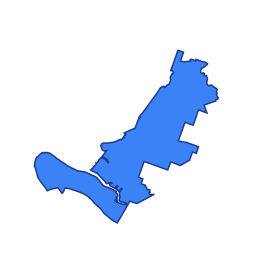 the district of Port Adelaide Enfield, South Australia, Australia, rotated 293°
{"feature_id": "25037944B47979939025085", "entity_name": "Port Adelaide Enfield", "entity_type": "district", "adm_level": 2, "iso_a3": "AUS", "parent_name": "Australia", "parent_adm1": "South Australia", "projection": "mercator", "projection_center": [138.548, -34.826], "detail": "fine", "context": "isolated", "style": "filled", "palette": "blue", "viewbox_px": 256, "rotation_deg": 293, "n_neighbors": 0, "source": "geoboundaries", "source_scale": "gbopen_adm2", "svg_char_len": 5628}
<svg xmlns="http://www.w3.org/2000/svg" viewBox="0 0 256 256"><g transform="rotate(293 128 128)"><path d="M218.5,175.9L218.4,175.1L218.8,174.3L218.7,172.3L218.2,171.7L217.7,163.8L216.3,163.9L216.1,159.9L215.9,159.4L215.3,158.5L214.0,159.4L210.6,153.3L210.4,152.7L210.2,150.1L219.5,149.5L219.1,143.6L207.5,144.4L198.0,144.8L198.1,145.0L197.5,145.1L197.5,145.5L198.2,146.4L197.8,147.0L196.5,148.3L195.4,148.1L195.3,147.4L191.1,147.1L188.7,148.6L184.5,148.8L182.4,147.0L179.7,146.2L180.5,144.8L179.7,144.0L178.7,142.7L177.2,142.0L174.4,141.7L151.1,136.3L146.4,135.1L145.1,134.4L143.3,134.4L142.8,134.6L141.6,135.4L142.5,134.0L130.5,134.6L130.6,134.4L122.0,126.5L121.9,126.9L121.4,127.8L121.2,127.7L120.9,128.3L120.7,128.3L120.8,128.1L120.7,128.0L120.4,128.3L120.3,127.8L119.9,127.6L118.3,127.5L117.7,127.7L117.5,128.3L117.4,128.2L117.4,127.7L117.1,127.3L116.4,127.2L115.1,126.5L114.6,126.7L114.3,126.0L114.4,125.5L114.0,124.8L112.6,123.5L111.4,122.5L108.9,119.7L105.9,114.7L105.9,114.2L104.4,111.0L103.8,110.4L102.6,109.9L101.6,109.9L100.9,110.0L99.4,111.4L98.9,111.6L97.8,112.8L97.7,113.4L97.5,115.5L98.1,116.4L98.8,116.9L99.0,117.2L91.1,115.1L91.5,115.4L91.6,116.0L91.5,117.5L91.1,120.6L90.6,121.6L90.0,122.3L89.2,122.8L88.8,123.5L88.5,123.7L88.2,123.6L88.3,123.1L88.6,122.5L89.4,121.4L89.3,120.6L90.1,119.9L90.5,116.2L90.5,115.9L90.2,115.5L90.6,115.2L90.4,115.0L89.4,114.6L89.3,114.2L88.3,113.9L87.9,113.9L87.7,113.7L87.1,113.6L86.6,113.8L86.1,113.8L83.7,113.1L83.5,112.9L83.5,112.3L83.4,112.1L83.0,112.4L82.8,112.8L80.4,112.2L79.9,112.3L79.8,112.1L79.0,111.8L79.0,111.4L78.7,111.7L78.3,111.7L76.1,110.5L75.0,110.2L74.5,110.3L74.4,111.6L74.3,115.9L74.1,116.2L74.4,116.2L74.8,116.7L74.2,118.0L73.9,118.2L73.6,119.1L72.8,120.6L72.0,122.4L71.7,123.6L71.5,124.0L71.2,123.9L70.5,125.4L70.6,125.8L70.1,127.0L69.5,128.1L69.3,128.3L69.2,128.7L69.0,128.8L68.4,130.0L68.6,130.1L68.8,130.7L69.9,131.6L70.0,131.8L69.8,132.1L70.8,132.9L70.6,133.2L70.8,133.3L70.7,133.6L71.0,134.0L71.0,134.7L70.4,134.2L69.8,134.0L69.8,133.7L68.7,133.1L67.9,133.8L67.4,139.0L70.6,140.5L70.1,141.4L67.3,140.1L66.2,144.4L66.9,144.8L67.1,144.6L69.9,145.4L69.6,146.4L65.7,145.2L61.5,147.3L61.5,147.5L61.1,147.6L61.1,147.4L57.7,148.1L57.7,149.2L57.5,149.4L57.4,149.4L57.5,150.2L57.1,150.6L57.2,150.8L57.6,150.7L57.7,150.9L57.8,152.0L57.7,152.5L58.4,156.0L57.4,156.2L57.2,155.9L56.7,155.9L56.9,155.3L56.2,154.5L56.4,154.3L55.8,152.9L55.6,151.2L55.4,149.4L55.7,147.7L55.3,147.4L55.2,146.2L55.5,146.0L55.8,146.6L56.2,146.4L55.9,144.9L56.4,144.3L56.7,146.3L56.8,146.2L56.7,145.6L57.0,145.5L57.1,146.2L57.1,145.5L57.3,145.5L57.2,145.2L57.4,145.2L57.6,146.2L57.5,145.2L57.8,145.2L57.8,145.5L57.9,145.2L58.0,145.2L58.1,145.8L58.9,145.4L58.9,144.8L59.0,144.7L59.0,144.9L59.6,144.8L59.8,144.5L60.3,144.5L60.4,145.0L60.7,145.3L60.9,145.3L61.0,145.1L62.5,144.7L62.6,144.4L63.0,144.0L63.6,142.4L64.0,142.0L64.9,142.0L65.4,138.1L65.5,135.3L65.3,135.2L65.2,134.9L65.2,133.8L65.4,133.5L65.6,133.5L65.6,132.6L65.4,132.5L65.2,131.8L65.3,130.7L65.1,130.4L65.3,129.2L65.4,128.0L67.2,124.0L67.6,123.6L68.4,122.4L69.4,120.1L70.3,118.5L70.4,117.6L70.3,117.2L70.5,115.7L70.6,114.7L70.4,113.9L70.5,113.3L70.4,112.3L70.5,111.9L70.7,111.7L70.7,109.5L70.6,107.9L70.8,106.7L70.8,106.1L70.5,104.1L70.2,103.7L70.1,102.8L69.8,102.1L69.2,99.6L68.5,98.7L68.3,98.1L68.5,98.6L69.1,99.1L68.9,98.3L69.5,87.7L69.4,87.5L69.4,87.1L70.2,84.8L70.3,84.0L70.5,83.7L70.4,83.3L70.7,82.7L70.6,82.0L70.9,81.2L70.9,80.1L71.2,78.6L71.6,77.3L72.0,75.9L71.8,75.1L72.1,73.9L72.2,73.6L72.3,73.7L73.1,71.4L73.1,70.7L73.5,69.3L73.4,68.6L73.9,67.7L74.0,67.3L74.0,66.4L74.3,65.5L74.3,65.0L73.9,64.7L73.9,64.1L73.8,63.9L73.7,63.6L73.9,63.4L73.6,63.0L73.5,62.4L72.9,61.1L72.3,60.5L72.4,59.3L72.1,59.0L71.2,58.4L71.0,58.5L70.9,58.2L70.4,58.1L69.8,57.4L66.2,56.2L66.0,55.6L63.9,55.2L62.7,55.3L59.5,55.8L55.9,57.0L56.0,57.5L50.8,61.7L47.7,63.9L47.7,64.2L47.3,64.5L45.1,67.6L40.3,76.0L38.6,78.1L38.7,78.3L38.9,78.4L39.3,78.9L40.8,80.2L42.8,82.8L45.6,86.8L45.6,87.1L42.8,91.5L42.1,92.8L43.7,93.4L48.1,93.5L48.4,94.3L49.1,97.0L49.4,98.8L50.1,108.8L50.1,112.1L49.7,116.2L49.2,118.2L48.4,120.8L47.8,122.4L45.8,126.0L43.8,132.1L42.6,135.1L41.6,137.0L40.2,139.0L39.3,141.4L39.3,141.9L39.0,143.0L38.5,144.2L38.0,145.9L37.1,149.4L36.7,151.5L36.5,155.2L52.8,157.3L61.4,158.2L61.8,164.4L61.9,165.3L62.2,165.9L77.2,178.1L75.3,174.2L75.5,174.0L76.7,172.7L77.6,173.4L79.8,172.1L78.5,170.0L79.8,168.9L81.4,166.8L81.2,166.6L81.5,166.2L81.4,166.1L81.6,165.8L81.4,165.6L81.9,164.9L82.0,165.0L81.8,161.9L86.9,161.6L86.7,156.9L103.5,155.9L104.9,181.0L113.4,180.6L113.7,184.9L113.8,190.7L122.6,197.3L122.7,197.2L131.1,196.7L131.4,200.8L135.4,200.5L135.4,200.4L138.3,200.2L137.6,187.8L137.3,186.3L136.5,183.6L135.7,179.4L155.5,178.2L156.0,186.9L164.2,186.4L172.2,185.7L172.7,194.8L178.8,189.1L185.7,196.5L187.1,198.3L188.0,197.9L188.5,198.0L188.9,198.2L189.8,199.3L190.1,199.4L191.2,199.1L191.4,198.8L192.0,197.7L193.1,196.5L193.4,196.4L194.3,196.6L194.8,196.5L195.7,195.4L196.6,195.2L197.9,195.1L198.7,194.7L198.9,194.2L199.1,192.5L199.3,191.6L199.4,190.5L199.9,189.1L200.2,188.6L200.0,187.9L199.6,187.1L199.1,186.7L199.0,186.3L198.4,185.7L198.4,185.3L198.8,184.3L199.5,183.4L200.1,183.0L202.2,182.3L203.5,182.2L204.3,181.9L205.0,181.4L205.9,180.4L206.8,180.1L207.0,179.7L206.0,178.5L206.0,178.2L206.0,177.9L206.2,177.5L206.6,177.3L208.0,177.1L208.3,176.4L208.3,176.0L208.1,175.7L207.6,175.2L207.2,175.0L206.9,174.5L207.5,173.3L208.1,172.9L209.1,172.6L211.0,172.3L212.1,172.7L212.9,173.7L214.2,174.6L214.9,174.9L215.7,174.8L216.3,175.1L216.7,175.5L217.3,176.3L217.6,176.3L218.5,175.9Z" fill="#3b82f6" stroke="#1e3a8a" stroke-width="1.5"/></g></svg>